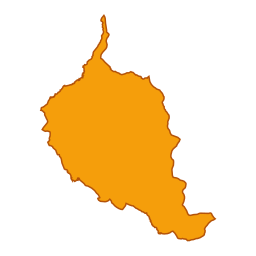 outline of Villapinzón, Cundinamarca, Colombia
{"feature_id": "7082276B98180996541689", "entity_name": "Villapinzón", "entity_type": "district", "adm_level": 2, "iso_a3": "COL", "parent_name": "Colombia", "parent_adm1": "Cundinamarca", "projection": "albers", "projection_center": [-73.591, 5.245], "detail": "fine", "context": "isolated", "style": "filled", "palette": "amber", "viewbox_px": 256, "rotation_deg": 0, "n_neighbors": 0, "source": "geoboundaries", "source_scale": "gbopen_adm2", "svg_char_len": 5654}
<svg xmlns="http://www.w3.org/2000/svg" viewBox="0 0 256 256"><path d="M215.2,218.8L214.0,217.8L212.3,215.4L211.5,213.7L211.0,213.2L210.3,213.0L208.4,213.4L200.4,213.2L199.3,213.4L197.4,214.3L196.7,214.4L193.7,214.6L190.4,215.4L189.1,215.2L188.2,214.4L187.7,213.6L186.6,210.7L184.1,206.6L182.7,205.5L182.4,204.8L183.8,201.5L184.5,198.4L184.5,196.7L183.8,194.4L182.7,192.8L182.5,191.9L182.6,190.8L183.2,189.6L185.1,187.9L185.6,186.6L186.0,183.9L185.8,183.1L184.2,181.4L182.6,180.7L180.3,180.2L178.3,178.7L176.7,178.0L173.3,177.4L172.9,176.7L172.4,175.5L171.9,169.7L172.2,168.2L173.4,165.3L173.6,162.0L173.5,160.7L173.3,160.1L172.2,159.3L171.7,158.6L170.9,156.9L170.9,154.9L171.9,150.8L173.3,148.8L176.7,145.8L176.8,145.0L178.1,142.9L179.3,141.3L180.0,139.3L177.8,137.4L171.4,135.0L170.3,133.2L169.5,130.4L167.8,128.2L167.4,126.0L167.9,123.7L167.7,121.8L169.1,118.2L169.1,116.0L168.7,114.8L168.0,114.1L166.7,112.0L165.6,111.0L165.4,110.0L164.5,109.0L164.1,107.7L164.2,106.8L163.3,105.5L162.8,103.7L162.3,103.0L162.3,102.0L163.7,99.8L164.0,98.4L164.0,96.8L163.6,96.5L162.7,94.1L161.8,92.7L160.4,91.2L159.7,90.1L156.4,88.9L155.6,88.1L153.4,86.7L151.4,84.5L150.1,82.2L149.7,81.0L148.9,76.4L147.9,77.2L147.2,78.2L146.5,77.9L144.8,78.1L144.0,78.9L143.0,79.1L142.3,78.5L141.5,78.2L141.3,77.2L140.7,76.5L138.5,76.1L136.7,74.9L135.7,75.0L133.1,72.5L132.6,72.3L131.8,72.3L130.9,71.7L129.2,72.7L128.3,72.9L127.0,72.8L125.0,73.8L122.0,74.6L121.2,74.6L120.6,74.1L119.9,74.0L119.1,73.2L116.7,72.4L115.2,71.4L114.1,71.6L113.5,71.5L111.6,70.3L110.5,69.1L110.8,68.8L110.4,68.0L109.6,66.9L109.8,66.7L105.0,62.3L102.4,59.3L100.8,58.4L100.7,57.9L100.9,55.5L101.4,54.1L102.8,52.1L105.9,48.7L106.7,47.2L107.1,44.7L106.2,41.4L106.2,40.5L106.9,38.3L108.1,36.7L109.0,34.8L108.7,33.9L106.6,32.0L106.6,30.2L105.5,23.2L105.2,18.6L104.8,17.0L103.9,15.4L101.7,18.1L101.0,19.9L101.0,20.8L102.4,21.8L102.9,22.6L102.9,23.2L102.3,24.3L102.7,25.8L102.4,27.1L103.3,28.4L102.9,29.5L103.6,31.8L103.2,33.4L101.6,35.8L101.9,38.1L101.6,39.2L100.7,40.7L100.3,42.2L100.0,42.7L99.5,43.0L99.2,44.0L98.2,45.2L98.2,45.5L97.4,47.0L93.6,51.7L93.2,52.8L93.2,53.9L93.0,54.1L92.9,54.7L93.0,55.5L92.0,56.6L92.2,57.5L91.3,59.0L88.7,60.4L88.1,61.3L87.6,61.5L87.2,62.1L87.2,63.6L87.0,64.1L85.3,65.0L84.6,64.7L84.2,65.5L83.0,66.2L83.1,66.7L83.5,66.9L83.3,67.2L83.6,67.2L83.7,67.8L84.0,68.0L84.1,69.8L84.0,70.2L84.2,70.4L84.1,71.0L84.4,71.2L83.8,72.8L83.5,72.8L83.7,73.2L83.0,73.7L83.0,74.0L82.7,74.1L82.6,73.9L82.4,74.1L82.5,74.4L82.7,74.5L82.6,74.9L82.7,75.2L82.3,75.2L82.2,75.5L82.5,75.8L82.5,76.1L82.8,76.1L82.6,76.3L82.9,76.4L82.9,76.7L82.4,77.1L82.7,77.1L82.7,77.3L82.3,77.3L82.4,77.7L81.7,77.6L80.4,78.3L80.1,78.9L79.7,78.9L79.7,79.1L79.4,78.9L79.3,79.9L79.0,79.7L78.8,80.0L78.5,79.7L78.3,80.2L77.9,79.8L77.7,79.9L77.9,80.0L76.9,80.2L76.7,80.7L75.9,81.0L74.7,82.1L74.8,82.6L74.3,83.4L73.4,83.3L73.1,83.7L72.8,83.7L72.7,84.2L72.1,84.1L71.9,84.6L70.8,84.9L70.3,84.7L69.4,85.2L65.4,86.1L65.0,86.1L64.8,85.5L64.6,85.5L64.5,85.8L63.9,85.8L63.1,86.6L62.7,87.8L61.7,88.9L61.6,89.3L60.8,90.0L60.2,90.1L60.2,91.1L59.5,91.8L58.1,92.4L57.6,93.3L56.7,94.1L56.1,94.2L55.5,93.9L55.2,94.0L55.3,94.5L55.1,94.7L55.1,95.0L54.7,95.2L54.7,95.6L54.2,96.2L54.2,96.5L53.8,96.6L54.1,96.8L53.5,97.2L52.9,97.2L52.1,97.5L51.5,97.3L51.3,97.5L51.0,96.9L50.7,97.0L50.6,97.3L50.3,97.2L50.1,97.4L50.3,98.3L49.8,98.5L49.4,99.6L48.5,100.7L47.3,104.0L45.3,105.4L44.6,106.1L43.1,107.1L41.8,107.5L41.2,108.1L41.2,109.3L40.8,110.3L42.4,110.7L43.7,112.1L44.3,112.4L44.7,113.1L44.7,114.9L46.0,117.5L46.4,118.6L47.3,120.0L47.7,121.8L47.2,122.9L43.4,127.6L42.2,129.6L44.3,130.9L45.4,131.3L47.2,131.0L49.7,131.7L49.9,131.9L50.2,132.9L50.1,135.9L49.3,138.2L49.4,139.4L49.7,139.9L49.3,140.7L47.8,142.2L48.7,144.4L49.3,145.5L50.7,145.6L52.6,146.6L52.9,147.5L53.4,148.1L55.8,150.2L56.2,151.3L56.2,151.7L56.9,153.1L57.1,154.0L57.9,154.8L58.8,154.6L59.3,154.7L59.6,156.5L60.6,157.4L61.3,159.0L62.0,163.0L64.4,169.0L65.0,169.2L65.3,169.6L66.4,169.6L67.0,169.9L67.2,170.5L67.7,171.0L67.8,171.4L67.3,171.8L67.4,172.0L68.2,172.9L68.6,173.2L69.3,173.3L69.9,173.9L70.8,175.3L71.0,176.3L70.9,177.1L71.7,177.6L71.6,178.1L71.1,178.4L71.1,178.7L72.3,180.5L72.3,180.3L72.7,180.1L74.1,180.8L74.7,181.4L76.0,180.7L76.7,180.0L78.0,180.3L78.4,179.1L77.6,178.6L77.6,178.3L78.0,178.0L79.1,178.3L79.7,179.9L83.0,182.6L84.2,183.7L85.1,185.1L86.0,185.7L87.8,186.0L91.7,188.1L94.7,190.6L96.6,193.2L98.2,194.6L99.8,197.5L99.7,197.8L98.1,198.1L97.8,198.6L98.6,200.1L100.4,201.3L104.9,201.7L106.0,201.6L107.4,201.1L108.6,200.5L109.7,199.2L110.2,199.5L111.2,200.9L111.8,202.9L112.7,203.5L115.0,206.0L116.9,207.4L119.0,208.6L120.9,209.3L122.4,209.5L122.8,209.2L125.5,205.6L126.1,203.4L129.7,205.0L132.2,205.8L133.1,205.8L136.1,208.3L137.2,208.6L138.7,209.7L141.0,210.7L141.9,211.7L143.3,211.9L145.0,213.2L145.4,213.3L146.6,213.0L146.8,214.0L147.4,215.1L149.1,216.5L149.1,217.2L149.5,217.7L149.5,218.9L150.0,219.1L150.4,219.9L150.3,221.0L150.9,221.1L150.8,221.8L151.7,223.4L151.9,224.6L152.0,224.8L152.5,224.9L152.8,225.8L154.3,226.8L154.8,227.5L156.0,227.4L156.8,228.2L156.9,229.6L157.9,230.4L158.2,231.0L158.2,232.7L158.6,233.5L159.5,233.7L159.5,233.0L160.2,232.9L160.6,233.5L161.1,233.0L161.4,233.0L161.9,233.6L164.1,233.9L167.5,233.6L169.8,232.8L171.5,231.6L172.9,231.2L174.9,233.2L176.8,236.2L177.6,237.9L178.4,238.5L181.2,238.9L182.4,238.5L183.6,238.9L186.1,239.2L187.5,240.6L188.1,240.5L189.2,240.6L191.3,239.8L193.4,239.6L196.1,238.6L197.6,238.5L200.2,237.6L203.5,235.6L204.3,234.7L204.4,233.6L205.0,232.2L205.1,230.6L204.5,229.0L205.7,226.8L207.1,225.3L208.5,223.3L210.8,221.2L211.6,220.6L213.6,219.9L215.2,218.8Z" fill="#f59e0b" stroke="#b45309" stroke-width="1.5"/></svg>